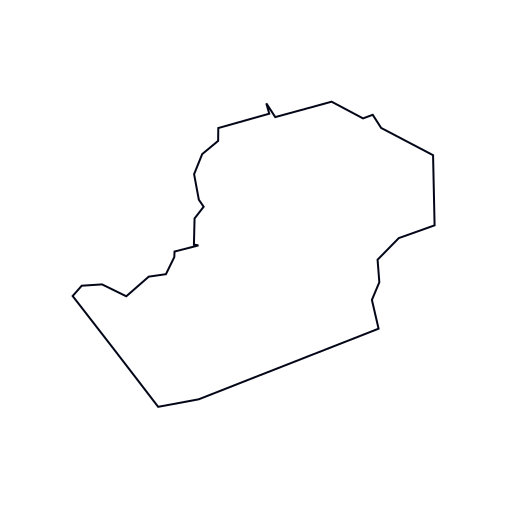 Hall, Georgia, United States of America (Equal Earth projection), rotated 27°
{"feature_id": "52423323B32051249133374", "entity_name": "Hall", "entity_type": "district", "adm_level": 2, "iso_a3": "USA", "parent_name": "United States of America", "parent_adm1": "Georgia", "projection": "equal_earth", "projection_center": [-83.865, 34.306], "detail": "fine", "context": "isolated", "style": "outline", "palette": "ink", "viewbox_px": 512, "rotation_deg": 27, "n_neighbors": 0, "source": "geoboundaries", "source_scale": "gbopen_adm2", "svg_char_len": 652}
<svg xmlns="http://www.w3.org/2000/svg" viewBox="0 0 512 512"><g transform="rotate(27 256 256)"><path d="M110.8,374.9L168.6,402.1L207.1,420.4L223.0,428.0L237.3,434.8L270.0,409.7L298.7,377.3L310.3,364.2L348.8,320.8L372.7,293.9L398.2,265.1L379.2,242.5L377.8,223.4L366.0,204.1L375.1,175.2L401.2,147.6L368.0,85.8L309.4,85.1L295.9,77.2L288.9,84.8L253.3,84.2L210.1,123.5L195.9,115.3L203.2,123.2L164.3,159.1L170.0,170.6L161.8,189.6L163.7,211.2L179.5,231.8L187.0,235.9L184.2,250.4L195.5,274.0L199.9,272.7L181.4,289.0L183.7,294.1L184.0,313.1L169.8,323.1L158.7,350.8L131.7,351.2L114.2,361.6L110.8,374.9Z" fill="none" stroke="#020617" stroke-width="2"/></g></svg>